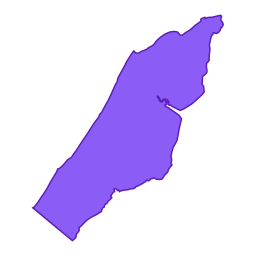 Ngerchol, Peleliu, Palau (orthographic projection)
{"feature_id": "81905179B42625934985566", "entity_name": "Ngerchol", "entity_type": "district", "adm_level": 2, "iso_a3": "PLW", "parent_name": "Palau", "parent_adm1": "Peleliu", "projection": "orthographic", "projection_center": [134.258, 7.032], "detail": "fine", "context": "isolated", "style": "filled", "palette": "violet", "viewbox_px": 256, "rotation_deg": 0, "n_neighbors": 0, "source": "geoboundaries", "source_scale": "gbopen_adm2", "svg_char_len": 3411}
<svg xmlns="http://www.w3.org/2000/svg" viewBox="0 0 256 256"><path d="M72.4,240.6L73.5,239.7L74.4,239.0L75.3,238.1L76.1,236.8L76.2,235.2L76.9,233.4L78.8,231.4L79.2,229.9L79.1,228.5L79.3,227.3L80.9,226.3L83.3,223.7L84.3,222.6L86.3,220.7L88.5,219.0L90.8,217.5L97.1,214.2L98.2,213.5L99.3,212.7L100.2,212.3L101.5,211.4L101.7,209.9L102.9,207.6L104.1,207.2L104.3,206.4L104.6,204.8L106.6,203.6L107.6,202.5L108.1,201.1L109.0,200.4L110.3,199.4L111.8,197.5L110.7,196.2L111.4,194.8L112.0,193.9L112.7,193.1L114.7,191.2L114.1,189.6L114.3,188.7L115.4,188.8L116.3,189.1L117.6,190.5L118.7,190.1L119.4,191.6L120.4,191.0L122.8,190.4L125.1,190.0L128.2,189.7L129.6,189.0L133.2,188.7L135.3,187.6L136.1,186.3L137.4,186.2L142.9,183.3L144.4,182.2L145.8,181.5L146.5,180.1L147.6,180.5L148.4,180.8L149.5,180.4L150.7,178.8L151.8,178.8L152.8,178.5L154.4,177.7L156.1,179.2L159.2,179.5L161.8,179.1L162.5,178.5L164.8,174.9L167.7,172.1L168.6,169.3L170.0,167.4L172.0,164.9L170.9,163.2L171.6,160.4L171.5,158.7L171.0,156.2L171.8,152.1L173.2,147.2L175.1,144.0L177.1,140.2L177.9,135.8L179.7,126.2L180.6,122.5L181.5,118.9L179.3,115.5L168.2,107.5L165.4,106.5L165.4,106.1L165.0,104.7L166.7,104.5L166.2,103.5L165.6,100.7L165.3,100.4L164.9,100.2L164.2,100.2L163.6,100.6L163.0,101.0L162.5,101.3L162.1,101.9L161.1,101.9L160.1,101.5L159.6,100.8L158.7,99.0L157.9,97.6L157.2,96.6L157.2,96.2L157.3,96.1L157.9,96.1L158.4,96.8L159.1,97.5L159.4,98.1L159.8,99.0L160.1,100.0L160.5,100.7L161.1,100.9L162.2,100.5L162.9,99.9L163.5,99.3L164.1,99.1L164.9,99.2L166.3,99.3L167.0,99.7L168.4,101.0L168.8,101.6L168.8,102.2L168.5,102.3L168.0,102.0L167.2,101.3L166.9,101.3L166.9,101.7L166.9,102.0L167.4,102.7L168.1,103.2L168.8,104.9L169.5,105.3L169.9,104.8L172.0,106.3L180.0,110.4L184.0,108.8L191.5,104.1L196.2,100.1L202.1,94.6L204.2,92.0L203.6,86.2L201.8,83.9L202.1,83.5L202.3,82.3L202.5,76.8L203.0,76.1L205.2,74.4L206.4,73.2L206.8,72.3L207.0,71.3L206.4,66.0L206.6,63.4L209.1,60.5L209.2,54.2L209.8,51.6L209.8,50.0L210.0,48.2L209.7,47.4L209.3,45.7L209.5,44.5L210.6,38.9L211.5,35.9L212.8,34.5L213.3,32.8L214.1,32.6L215.1,33.4L216.3,33.5L217.6,33.0L218.8,32.1L219.4,31.2L220.0,30.4L220.9,28.2L222.0,27.1L222.6,25.8L223.2,24.8L222.9,23.2L222.2,21.9L221.4,21.1L220.9,20.0L220.8,19.0L221.1,17.7L221.5,17.3L221.5,16.7L221.4,16.0L220.8,15.5L219.8,15.4L214.4,16.7L213.1,17.0L211.4,17.3L209.7,17.3L207.9,17.5L207.1,17.7L205.3,18.6L204.8,17.3L203.6,17.8L202.2,18.3L201.4,18.7L200.8,19.2L201.1,21.0L199.5,22.3L198.7,22.8L194.5,25.9L190.8,29.3L188.2,31.1L185.6,32.6L183.3,34.4L183.1,34.6L182.1,35.2L180.7,35.2L179.7,34.6L177.6,32.1L176.7,31.8L175.5,31.6L174.2,31.5L173.0,31.5L170.1,32.0L168.9,32.4L165.9,33.7L164.2,34.6L162.4,35.9L160.4,37.3L158.3,39.1L156.4,40.9L153.8,44.5L152.3,45.7L150.2,46.8L148.4,47.8L146.5,49.4L143.7,50.6L142.0,51.1L141.0,51.6L138.9,53.0L136.5,53.1L134.9,52.4L134.5,51.3L133.7,51.0L133.2,51.7L132.9,52.3L131.8,53.6L130.7,55.2L127.6,60.1L125.9,63.0L124.9,65.3L119.6,74.9L118.5,77.0L118.0,77.9L117.2,81.4L116.6,82.6L115.4,84.6L111.7,93.0L107.9,101.1L106.3,103.6L105.1,105.9L101.8,112.0L99.3,115.0L99.3,116.0L98.4,117.5L93.6,123.9L88.1,132.6L80.2,144.3L76.3,150.4L74.0,153.5L71.3,157.5L69.7,158.4L68.5,159.1L67.5,159.9L63.6,164.6L62.4,165.9L60.2,167.8L59.2,168.5L57.6,169.0L57.4,170.0L56.2,172.5L50.8,181.5L46.3,189.8L44.0,193.2L41.4,197.0L38.0,202.2L35.1,206.0L33.9,207.1L32.8,207.8L63.0,232.9L72.4,240.6Z" fill="#8b5cf6" stroke="#5b21b6" stroke-width="1.5"/></svg>